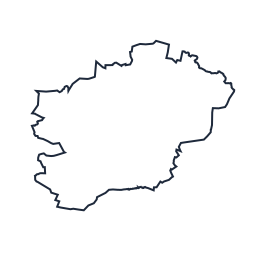 the district of Rosario, Sonora, Mexico, rotated 101°
{"feature_id": "50627088B12360956562142", "entity_name": "Rosario", "entity_type": "district", "adm_level": 2, "iso_a3": "MEX", "parent_name": "Mexico", "parent_adm1": "Sonora", "projection": "mercator", "projection_center": [-109.365, 28.044], "detail": "fine", "context": "isolated", "style": "outline", "palette": "slate", "viewbox_px": 256, "rotation_deg": 101, "n_neighbors": 0, "source": "geoboundaries", "source_scale": "gbopen_adm2", "svg_char_len": 5054}
<svg xmlns="http://www.w3.org/2000/svg" viewBox="0 0 256 256"><g transform="rotate(101 128 128)"><path d="M208.4,147.2L204.1,145.1L201.8,145.2L196.0,137.7L192.3,134.9L191.2,131.0L190.6,126.1L190.0,122.7L189.6,121.7L189.1,120.4L188.5,118.3L188.2,117.6L188.1,117.1L188.1,116.8L188.2,116.5L188.1,116.4L187.9,116.3L187.9,116.2L187.7,115.8L187.6,115.7L187.7,115.4L187.9,115.4L188.0,115.4L188.3,115.1L188.2,115.0L188.0,114.9L188.0,114.7L187.8,114.4L187.7,114.4L187.5,114.0L187.3,113.9L187.3,113.7L187.5,113.6L187.6,113.4L187.8,113.3L187.6,113.3L187.5,113.2L187.4,113.2L187.2,113.0L187.2,112.7L187.1,112.4L186.9,112.2L186.7,112.0L186.7,111.9L186.7,111.7L186.5,111.4L186.6,111.2L186.5,110.9L186.4,110.6L186.2,110.2L185.7,109.5L185.7,109.3L185.7,109.2L185.8,108.9L185.6,108.8L185.5,108.6L185.4,108.5L185.5,108.4L185.2,108.2L185.2,107.8L185.2,107.7L185.2,107.3L185.1,107.2L184.9,106.8L185.0,106.4L185.0,106.1L184.9,106.0L184.4,106.3L184.5,106.1L184.3,106.0L184.2,105.7L183.9,105.4L183.8,105.2L183.7,105.0L183.6,104.8L183.6,104.6L183.6,104.3L183.5,104.2L183.4,104.1L183.5,104.0L183.5,103.9L183.7,103.6L183.7,103.3L183.7,103.0L183.8,102.9L183.7,102.7L183.6,102.3L183.7,102.2L183.9,102.2L184.0,102.1L184.1,101.9L184.0,101.7L183.9,101.5L183.9,101.4L183.7,101.3L183.5,101.1L183.4,101.1L183.1,100.9L182.6,100.0L182.7,99.7L182.9,99.6L182.8,99.4L183.0,98.9L183.1,98.3L183.1,97.2L183.3,96.1L184.3,90.9L181.3,91.2L180.7,88.6L174.4,86.0L175.2,84.0L173.6,82.4L171.1,77.9L168.0,75.6L167.1,74.6L163.9,77.0L161.7,78.4L160.1,78.0L160.5,77.1L156.6,73.2L155.7,74.9L153.9,76.7L152.4,76.6L151.1,76.9L147.6,76.4L147.7,74.9L145.1,72.9L141.6,76.3L139.9,76.3L140.7,72.0L139.5,72.9L136.8,74.5L132.6,73.2L131.6,70.5L124.9,51.3L121.1,48.7L116.4,46.0L113.8,46.4L113.7,46.2L109.1,46.1L96.6,48.3L92.3,48.5L91.4,42.8L88.9,36.7L85.8,35.4L79.6,34.1L72.0,30.9L71.1,30.9L70.6,31.0L70.4,31.0L70.2,31.3L70.1,31.8L70.1,32.0L69.9,32.2L69.7,32.4L69.4,32.9L68.8,33.7L68.5,33.9L68.3,34.1L68.1,34.1L67.9,34.1L67.7,34.1L67.2,34.3L66.6,34.6L66.3,34.8L66.0,34.9L65.7,34.9L65.3,34.9L65.0,35.0L64.9,35.0L64.7,35.2L64.6,35.5L64.3,35.6L64.2,35.9L64.2,36.0L64.5,36.3L64.8,36.6L64.8,37.4L64.8,38.0L64.8,38.3L64.9,38.5L65.1,39.0L65.1,39.3L65.2,39.6L65.4,40.7L64.0,42.4L62.7,41.6L62.4,41.5L61.0,41.5L60.0,41.8L59.0,42.8L58.3,43.9L57.5,44.5L57.1,44.5L56.8,44.9L56.6,45.1L56.6,45.6L56.2,46.1L55.9,46.8L55.9,47.5L55.0,49.1L55.3,50.1L55.9,50.0L56.5,50.3L56.8,50.5L57.5,51.7L57.4,52.2L57.4,53.0L58.1,55.1L58.1,55.7L58.4,56.4L58.0,56.9L58.0,57.3L57.5,57.8L57.4,58.6L57.6,60.2L57.4,60.8L57.5,61.8L57.3,62.7L57.0,63.1L56.6,63.6L55.9,65.7L55.4,67.5L55.6,68.7L55.4,69.3L55.3,69.5L55.1,69.8L54.9,69.9L54.6,69.9L54.2,69.9L53.8,69.9L53.5,70.1L53.2,70.4L52.6,70.8L52.4,71.1L52.1,71.3L51.8,71.4L51.6,71.6L51.3,71.9L50.8,72.5L50.5,73.2L50.5,73.3L50.7,73.7L50.7,73.9L50.7,74.3L50.6,74.5L50.1,74.7L49.8,74.8L49.7,74.9L49.5,75.1L49.3,75.3L49.1,75.4L48.9,75.3L48.6,75.0L48.2,74.6L47.7,74.1L47.2,73.6L46.9,73.5L46.3,73.4L46.0,73.3L45.6,73.3L45.0,73.7L44.5,74.4L44.4,74.5L44.4,75.0L44.4,75.3L44.3,76.3L44.4,76.6L44.3,78.2L44.4,78.8L44.5,79.1L44.8,79.4L45.1,79.6L45.7,80.1L45.8,80.2L45.7,80.3L45.5,80.5L45.4,80.6L45.4,81.2L45.5,81.5L45.3,82.0L45.1,82.2L44.9,82.3L44.6,82.2L44.2,82.2L43.9,82.3L43.7,82.2L43.1,82.6L42.6,82.9L42.5,83.1L42.5,83.7L42.5,83.8L43.0,84.7L43.1,84.9L43.1,85.7L43.1,85.8L43.0,86.0L42.3,86.9L42.2,87.0L42.2,88.5L42.3,88.6L42.4,89.1L52.0,89.3L51.9,92.6L54.6,93.4L51.7,98.0L52.0,103.7L46.3,103.4L38.3,103.7L37.1,117.1L39.9,119.0L40.5,119.7L42.5,126.6L43.2,132.2L45.1,135.6L47.3,139.2L52.2,138.9L53.0,140.5L56.3,139.4L57.4,139.1L60.3,136.9L61.5,136.9L65.2,138.0L66.8,142.2L65.6,142.6L67.4,146.0L68.3,146.2L66.1,152.0L66.6,153.5L67.9,154.5L68.4,155.1L69.2,155.2L70.6,162.1L73.7,161.6L73.2,164.3L68.8,171.9L84.0,170.3L84.4,170.8L87.1,175.7L87.6,177.2L88.6,184.9L95.1,190.6L95.8,191.0L96.3,191.1L97.3,191.5L102.0,193.3L103.0,193.6L102.3,193.8L101.0,193.9L99.9,194.3L98.6,195.4L98.5,196.4L99.7,198.0L101.9,198.3L102.5,199.4L104.4,200.1L105.9,202.0L104.7,204.7L105.4,206.6L107.9,215.3L109.1,225.1L111.2,222.0L114.5,221.9L117.4,221.5L117.7,221.4L122.7,220.8L131.9,224.9L131.7,222.0L131.9,221.8L134.0,214.6L134.2,212.7L134.8,213.1L136.7,213.9L138.6,218.0L139.3,218.3L139.7,217.8L140.9,217.3L141.8,217.8L142.6,219.5L143.1,219.6L143.4,219.8L143.5,219.9L143.6,220.2L143.5,220.8L143.5,221.3L143.9,221.9L144.2,222.7L150.0,218.9L151.0,219.1L151.8,218.9L153.4,217.3L153.1,215.2L154.8,214.3L155.0,209.8L154.9,209.5L156.2,204.3L157.5,200.6L157.9,198.4L155.9,192.7L163.7,186.3L164.1,185.3L168.2,192.9L169.5,195.6L170.2,198.1L170.6,202.9L169.0,205.8L170.0,208.1L171.1,210.1L171.5,210.2L174.2,210.5L176.8,210.1L177.4,207.5L178.9,206.6L182.7,203.7L182.3,202.2L188.3,200.7L188.9,204.6L189.2,205.7L190.1,206.9L190.6,207.6L190.6,208.3L191.4,209.1L191.7,209.2L192.0,209.3L192.7,210.2L193.1,210.0L196.6,209.2L198.0,207.6L198.1,206.6L203.2,192.7L206.1,191.0L206.9,184.2L212.6,185.6L213.1,181.5L218.8,182.5L218.9,179.0L218.7,169.0L217.7,166.3L217.5,161.0L217.2,155.7L211.6,152.1L208.4,147.2Z" fill="none" stroke="#1e293b" stroke-width="2"/></g></svg>